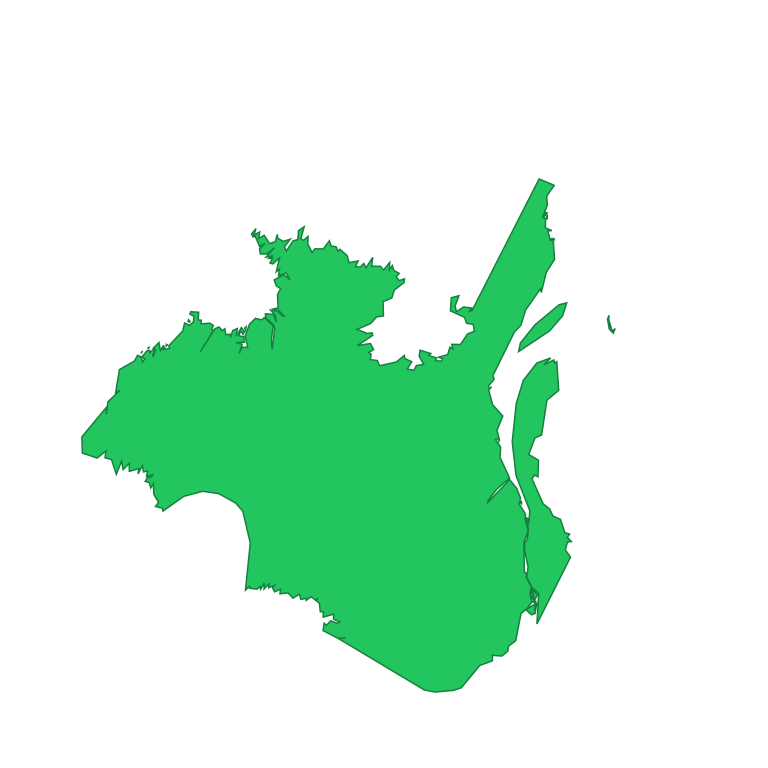 the Province of Québec, rotated 297°
{"feature_id": "CAN-683", "entity_name": "Québec", "entity_type": "Province", "adm_level": 1, "iso_a3": "CAN", "parent_name": "Canada", "parent_adm1": "", "projection": "robinson", "projection_center": [-69.443, 53.796], "detail": "fine", "context": "isolated", "style": "filled", "palette": "green", "viewbox_px": 768, "rotation_deg": 297, "n_neighbors": 0, "source": "natural_earth", "source_scale": "10m", "svg_char_len": 6179}
<svg xmlns="http://www.w3.org/2000/svg" viewBox="0 0 768 768"><g transform="rotate(297 384 384)"><path d="M136.5,458.9L140.3,465.0L136.5,458.2L136.6,441.6L143.6,439.3L143.0,442.3L148.8,444.1L149.6,451.1L151.9,452.6L151.5,445.9L156.0,443.5L148.6,435.6L153.2,433.5L152.2,430.6L159.1,426.1L160.3,422.1L163.4,422.1L160.2,421.5L161.4,415.6L156.0,413.0L157.7,412.2L154.4,407.7L158.2,404.1L151.9,400.1L154.3,393.3L149.8,386.6L154.1,384.9L149.2,380.9L151.7,377.3L155.0,377.9L150.1,373.8L153.6,372.2L146.9,370.2L152.4,367.6L145.1,367.3L147.3,365.5L143.5,364.0L141.0,357.0L142.7,356.1L137.5,354.1L181.7,337.0L206.6,315.9L210.6,305.8L211.3,286.5L206.1,271.2L192.9,256.5L170.4,244.8L172.7,242.9L171.1,236.0L176.2,236.9L181.1,229.1L190.4,223.8L185.5,223.4L189.5,219.8L188.8,215.4L193.1,215.8L195.6,219.0L198.3,219.3L193.7,214.4L199.1,212.9L196.5,209.6L201.6,205.8L192.3,205.7L197.1,203.9L190.6,196.7L197.7,193.0L189.3,190.4L196.2,185.2L182.0,186.5L193.0,175.5L191.6,168.9L198.0,166.7L187.8,162.0L185.5,146.6L199.8,138.8L237.5,147.3L231.2,150.2L242.9,146.1L258.4,151.6L254.5,148.8L276.7,141.7L291.2,151.2L297.6,151.4L298.0,155.2L294.0,158.9L298.0,159.5L298.0,156.0L305.6,157.6L307.6,159.8L305.7,161.1L310.3,163.0L308.4,164.9L305.2,164.6L304.0,165.9L310.6,165.0L311.1,162.1L318.8,164.7L312.3,169.6L318.6,170.1L313.7,171.6L316.9,172.1L315.6,173.4L318.7,176.8L320.3,174.9L340.0,180.6L347.8,178.6L347.9,184.1L352.7,186.0L358.0,184.0L358.2,179.3L360.6,178.9L363.8,186.3L356.8,189.3L357.9,192.4L354.5,193.5L359.2,201.5L358.7,205.4L354.5,205.5L354.6,207.7L329.4,205.7L356.4,208.2L360.0,211.1L358.0,215.6L361.0,217.1L356.1,220.7L358.5,224.3L356.0,226.1L362.9,224.9L366.9,228.2L360.4,230.2L364.6,232.3L361.2,232.8L362.3,237.7L357.8,240.6L353.7,233.2L355.0,239.6L345.4,241.1L352.4,240.9L354.7,245.9L363.9,238.4L376.5,237.0L384.2,239.7L385.5,245.8L388.9,247.3L385.5,258.9L372.5,263.4L364.0,268.6L384.2,261.2L386.4,259.0L389.2,248.8L392.7,246.4L395.8,253.8L390.3,260.0L395.9,255.8L398.4,249.4L400.4,255.8L398.5,263.3L399.1,264.3L402.1,256.0L415.1,248.6L422.1,248.6L422.4,243.7L426.8,238.9L436.1,245.3L434.0,253.1L438.6,246.4L432.6,240.9L439.1,238.6L435.1,237.1L448.9,233.6L440.5,230.5L440.0,227.4L445.2,227.8L443.7,224.5L448.0,227.1L443.6,221.4L455.7,224.4L446.7,220.7L443.7,214.8L448.2,211.6L453.3,213.7L455.4,213.9L450.1,210.7L457.3,202.0L455.5,200.6L457.6,197.8L464.3,199.4L457.8,200.4L463.1,204.3L456.8,206.2L462.1,209.7L457.2,218.3L461.5,222.6L468.8,221.0L465.7,223.1L465.3,229.5L470.5,234.7L460.8,233.1L458.2,236.6L470.3,238.0L473.6,241.7L481.8,238.2L487.8,241.5L475.8,243.9L475.5,247.1L481.0,249.3L474.0,252.7L468.6,260.2L473.0,261.0L476.8,268.6L486.8,270.3L483.1,274.2L484.5,279.1L481.3,282.8L484.0,283.5L481.6,293.0L476.3,297.7L481.9,305.1L475.7,305.4L477.5,309.9L482.2,311.2L479.5,315.2L491.7,316.5L483.3,319.5L487.3,327.4L485.3,331.9L494.9,333.9L487.9,337.1L493.3,337.6L489.6,341.2L489.5,347.3L484.9,346.2L483.1,350.7L487.0,354.5L483.4,355.8L472.4,350.5L464.3,351.9L456.9,345.8L444.4,352.6L440.5,347.1L431.8,344.6L420.4,335.2L421.5,346.3L424.2,350.1L422.2,351.9L406.1,342.8L413.9,353.5L410.0,359.1L404.9,356.0L404.7,359.0L399.5,360.7L401.9,367.4L398.3,371.8L409.1,384.9L418.7,389.2L416.1,391.0L416.5,398.6L407.9,397.9L409.8,404.6L415.1,404.4L419.5,410.4L424.7,402.7L430.5,400.8L432.4,411.9L429.7,410.8L431.1,419.0L428.2,419.6L430.7,425.1L433.1,424.7L432.6,420.4L439.2,427.4L446.7,426.0L446.6,429.4L450.1,426.3L453.9,434.2L466.6,435.7L472.1,440.6L477.6,436.4L475.6,430.0L480.0,425.4L479.3,410.0L491.4,404.8L496.7,410.7L485.8,411.9L481.3,415.7L488.8,420.0L491.5,427.7L487.5,427.2L489.4,429.1L637.1,429.1L638.3,445.5L625.1,443.7L617.5,448.4L604.6,449.4L604.7,453.0L596.4,456.8L596.9,464.0L594.8,460.4L587.8,466.7L587.9,470.2L572.4,479.4L557.3,477.9L536.9,482.6L540.0,480.2L514.2,476.6L498.3,479.3L489.5,476.6L440.9,477.2L438.2,480.0L429.6,477.9L427.8,479.9L430.4,481.0L425.8,480.2L414.8,490.3L409.4,504.4L394.0,505.7L386.4,512.4L385.2,512.4L386.9,510.9L386.1,508.9L385.2,508.5L380.7,516.6L371.3,520.7L357.2,538.6L341.3,532.2L327.3,529.6L325.4,530.2L355.8,539.4L351.3,549.5L344.3,557.5L338.5,558.9L332.4,569.1L327.6,571.1L318.7,579.1L306.2,580.6L280.3,594.4L279.6,597.3L276.4,598.3L270.2,607.2L262.3,609.8L257.0,614.9L247.8,613.1L257.3,619.0L252.8,620.0L248.3,622.9L245.3,620.1L247.4,612.7L241.7,610.3L215.1,617.9L207.1,614.0L202.0,615.6L195.1,612.5L191.4,603.7L186.7,606.3L176.6,597.1L148.5,590.8L142.6,585.1L132.6,569.2L129.7,558.7L136.5,458.9ZM314.4,628.8L239.6,629.2L267.7,616.9L269.5,608.9L276.5,599.0L286.4,595.4L299.0,585.3L306.5,581.3L310.1,582.3L319.6,579.0L323.0,576.3L327.2,575.7L337.3,571.4L362.4,543.2L390.7,524.5L426.6,510.7L450.5,506.5L472.2,510.7L482.9,520.7L473.6,517.6L482.5,524.4L480.2,526.6L482.3,527.8L457.6,542.6L443.6,536.5L410.1,547.6L404.4,543.0L386.9,545.0L386.2,556.3L371.2,563.3L371.4,559.7L366.9,558.7L349.5,580.2L347.9,588.4L343.1,594.4L343.5,602.7L333.6,612.7L334.6,617.5L330.6,617.0L328.7,622.5L326.4,619.2L318.5,620.9L314.4,628.8ZM506.6,507.5L474.0,489.2L482.5,486.9L505.4,491.7L534.0,504.0L539.3,509.9L526.0,512.2L506.6,507.5ZM268.3,608.8L266.1,616.3L257.1,616.4L263.7,613.2L268.3,608.8ZM369.6,231.3L367.2,235.9L364.2,235.9L365.8,232.9L364.4,231.0L369.6,231.3ZM540.9,556.0L539.3,557.8L536.7,559.5L538.4,559.2L540.9,556.2L542.7,555.6L534.4,563.6L538.4,564.8L533.4,565.2L535.2,559.8L543.3,553.7L547.4,553.4L540.9,556.0ZM329.3,570.9L329.5,573.5L323.7,575.2L329.3,570.9ZM259.9,613.4L262.7,610.1L266.8,609.1L263.1,613.0L259.9,613.4ZM400.6,251.2L402.9,254.1L400.6,254.3L400.6,251.2ZM253.4,620.4L258.3,619.6L252.5,621.4L253.4,620.4ZM606.5,453.0L609.1,452.6L604.9,454.7L606.5,453.0ZM609.6,450.1L608.0,451.1L606.0,450.7L607.8,449.4L609.6,450.1ZM352.6,180.6L351.5,182.8L350.9,182.7L350.8,181.0L352.6,180.6ZM370.5,234.5L372.3,235.1L369.3,236.0L370.5,234.5ZM589.8,470.3L588.8,467.1L589.7,467.3L590.7,469.3L589.8,470.3ZM307.7,157.4L310.4,157.9L310.8,158.2L307.7,157.4ZM258.4,617.4L259.8,618.2L256.8,617.5L258.4,617.4ZM339.9,560.1L342.3,559.4L339.7,560.9L339.9,560.1ZM318.5,173.0L320.5,172.0L320.6,173.0L318.5,173.0ZM609.9,450.5L610.5,451.6L609.4,451.6L609.9,450.5ZM301.0,153.5L302.6,153.6L303.7,154.1L301.0,153.5Z" fill="#22c55e" stroke="#15803d" stroke-width="1.5"/></g></svg>